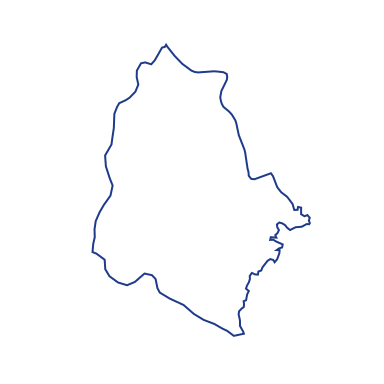 outline of Yonsa, Hamgyŏng-bukto, North Korea, rotated 168°
{"feature_id": "82179303B76324542059269", "entity_name": "Yonsa", "entity_type": "district", "adm_level": 2, "iso_a3": "PRK", "parent_name": "North Korea", "parent_adm1": "Hamgyŏng-bukto", "projection": "orthographic", "projection_center": [129.014, 41.829], "detail": "fine", "context": "isolated", "style": "outline", "palette": "blue", "viewbox_px": 384, "rotation_deg": 168, "n_neighbors": 0, "source": "geoboundaries", "source_scale": "gbopen_adm2", "svg_char_len": 2004}
<svg xmlns="http://www.w3.org/2000/svg" viewBox="0 0 384 384"><g transform="rotate(168 192 192)"><path d="M301.8,153.9L298.4,151.7L291.5,143.9L292.9,134.5L290.2,126.7L283.2,118.9L274.9,114.3L266.6,115.9L261.0,119.0L255.4,122.1L248.5,119.0L245.7,114.4L245.8,105.0L244.4,100.3L236.1,92.5L223.7,83.2L215.5,72.3L207.2,64.5L197.5,58.2L190.6,52.0L186.5,48.9L181.0,42.6L176.8,42.6L170.7,42.6L171.0,44.9L172.9,51.0L171.8,56.4L171.8,62.8L170.7,65.6L167.9,67.5L165.3,68.7L164.4,71.5L164.2,74.4L161.6,74.9L159.3,80.5L157.0,83.3L159.3,86.3L157.6,89.1L155.1,91.9L153.4,95.0L153.0,97.8L150.3,100.4L147.5,98.3L144.7,97.5L143.5,100.5L140.6,100.8L138.7,103.7L132.4,109.0L129.4,110.1L126.6,108.6L125.8,106.1L122.7,108.5L119.3,113.9L118.4,116.8L121.2,117.6L118.4,118.8L115.4,119.0L114.2,121.9L119.9,126.0L122.4,128.4L125.5,128.9L124.3,131.4L119.0,129.8L119.5,132.5L116.9,134.0L114.9,136.7L115.9,139.7L115.7,142.6L113.0,144.0L110.3,142.6L107.8,140.2L106.5,137.5L104.0,134.4L98.0,136.0L91.9,135.2L86.5,136.8L84.1,136.1L83.3,136.9L83.3,137.5L83.6,139.8L82.2,142.3L83.9,145.4L87.0,144.9L89.9,147.6L88.5,154.0L91.4,155.3L92.5,152.6L95.7,153.2L96.1,159.3L98.5,164.5L100.0,167.6L104.8,173.2L107.6,178.9L109.5,190.7L110.9,193.9L128.3,191.5L131.3,192.5L133.1,196.0L132.6,199.7L132.8,203.3L131.8,219.4L131.9,222.6L134.4,237.9L134.4,250.2L134.7,253.0L136.9,259.4L138.9,262.8L143.5,268.7L144.5,271.9L144.8,275.0L144.7,278.7L142.3,284.6L134.6,294.5L133.6,297.3L133.5,300.2L136.3,302.6L141.9,304.5L145.4,305.5L161.2,307.7L164.3,308.8L167.4,310.9L174.9,319.4L180.8,328.9L186.0,339.4L186.7,341.4L188.5,339.5L191.3,339.5L194.1,336.3L198.3,331.6L201.1,328.5L205.3,325.4L210.9,328.5L215.1,328.5L220.7,322.2L222.2,316.0L222.2,308.2L226.5,301.9L233.5,297.2L237.7,295.6L244.7,294.0L247.5,290.9L251.7,284.6L255.2,270.7L258.1,263.0L260.9,255.2L269.4,245.8L270.9,235.0L269.6,222.5L268.3,214.8L272.5,205.4L281.0,197.6L286.6,191.4L292.2,183.6L295.1,175.8L296.5,168.1L299.4,161.8L301.8,153.9Z" fill="none" stroke="#1e3a8a" stroke-width="2"/></g></svg>